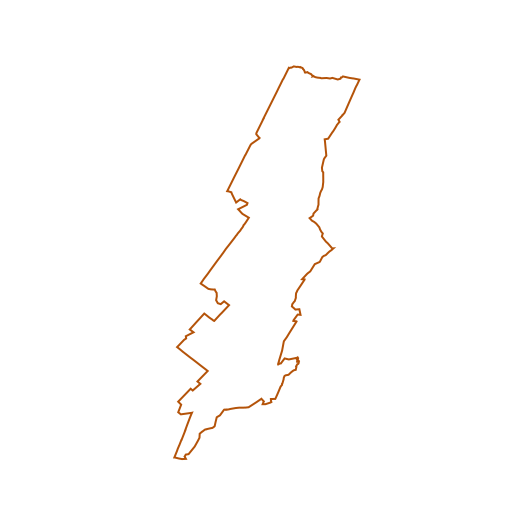 the district of Leimaņu pag., Jekabpils, Latvia, rotated 319°
{"feature_id": "27541924B9576970308212", "entity_name": "Leimaņu pag.", "entity_type": "district", "adm_level": 2, "iso_a3": "LVA", "parent_name": "Latvia", "parent_adm1": "Jekabpils", "projection": "natural_earth1", "projection_center": [25.895, 56.3], "detail": "fine", "context": "isolated", "style": "outline", "palette": "amber", "viewbox_px": 512, "rotation_deg": 319, "n_neighbors": 0, "source": "geoboundaries", "source_scale": "gbopen_adm2", "svg_char_len": 5775}
<svg xmlns="http://www.w3.org/2000/svg" viewBox="0 0 512 512"><g transform="rotate(319 256 256)"><path d="M449.8,190.8L446.0,185.9L445.4,185.3L443.3,182.8L439.4,177.5L439.2,177.5L437.9,177.5L437.3,177.3L437.2,177.3L437.1,177.1L436.0,177.6L433.5,176.4L430.5,171.7L428.3,170.6L426.1,168.0L424.2,166.5L422.1,164.9L421.5,164.1L421.5,163.9L419.6,161.9L418.9,161.0L418.1,159.9L417.7,159.0L417.3,158.3L417.1,157.9L416.7,157.7L417.3,157.5L417.1,157.0L416.9,156.6L416.8,156.2L416.9,155.5L416.9,154.9L415.6,152.1L415.5,151.0L413.7,150.1L413.3,149.6L413.8,148.6L414.3,146.7L414.1,145.8L414.4,145.3L414.4,144.5L413.7,143.4L413.6,142.7L413.0,142.6L412.6,141.7L411.4,140.4L410.7,140.0L408.9,137.7L406.3,137.1L405.7,136.5L404.6,136.2L404.3,135.5L393.3,140.1L392.8,140.3L392.3,140.3L387.1,142.5L383.7,143.9L379.5,145.7L351.4,157.3L351.5,157.4L351.2,157.5L350.5,157.8L337.1,163.4L336.7,163.7L336.4,163.9L336.2,164.2L336.1,164.3L336.1,164.5L336.0,168.3L336.0,168.7L336.1,169.3L335.7,169.4L326.3,168.4L326.0,168.4L325.3,168.5L324.8,168.6L324.0,168.9L314.6,172.7L314.4,172.8L314.0,172.8L300.1,178.6L291.5,182.1L276.8,188.2L277.6,189.1L279.0,191.4L279.2,191.7L278.9,192.4L278.5,193.6L277.1,198.8L276.1,202.6L281.3,202.9L281.4,203.8L282.8,206.5L284.3,210.5L282.7,211.4L273.2,209.0L273.3,211.1L273.3,212.8L273.4,215.3L275.7,222.4L269.7,224.1L269.1,224.2L268.8,224.3L267.9,224.5L267.4,224.5L267.1,224.6L266.7,224.6L265.9,225.1L264.8,225.5L261.9,226.1L260.9,226.5L259.9,226.6L257.0,227.0L255.3,227.5L254.1,227.6L252.6,228.0L249.8,228.6L249.2,228.7L244.2,229.7L237.9,230.9L232.8,232.2L231.7,232.4L230.1,232.8L224.9,233.9L223.5,234.2L212.9,236.6L208.0,237.8L201.6,239.1L198.6,239.9L196.2,240.5L196.8,242.9L197.2,244.3L198.5,249.6L200.1,251.6L202.0,253.5L202.9,254.2L202.3,256.1L202.1,258.0L200.0,260.7L196.9,263.2L196.2,266.6L197.8,269.2L202.2,269.3L203.4,275.4L192.7,276.5L190.7,276.6L181.9,277.6L181.8,277.4L181.7,277.3L181.6,277.1L181.1,274.6L181.1,274.4L180.9,274.0L180.3,271.5L179.8,268.6L179.2,265.5L168.6,266.7L157.8,268.0L158.8,272.6L150.4,270.5L149.2,272.4L146.7,272.1L136.7,273.0L137.3,276.1L138.0,280.5L140.0,290.6L140.4,292.3L141.5,297.8L142.3,302.0L143.7,308.9L144.1,311.1L129.5,312.3L130.1,316.0L124.0,316.0L121.8,316.0L120.0,316.0L119.6,313.3L115.3,313.7L101.7,314.9L102.0,319.1L94.8,322.9L95.4,326.2L95.7,326.4L104.6,332.2L104.8,332.3L103.3,333.0L99.6,334.9L93.3,338.3L88.2,341.1L88.3,341.2L79.1,346.0L79.0,345.9L73.8,348.6L73.4,348.7L72.7,349.1L70.6,350.1L68.5,351.3L62.2,354.5L62.3,354.6L62.5,354.7L64.7,357.9L66.9,360.7L70.0,363.1L70.6,360.5L70.8,360.5L72.7,359.8L72.9,359.9L75.1,361.3L84.7,359.6L90.8,357.4L94.1,356.1L96.9,353.2L97.0,353.2L99.0,353.2L100.0,353.2L100.1,353.3L103.3,353.5L103.5,353.5L104.7,354.2L104.8,354.1L108.7,356.2L110.4,357.2L110.5,357.2L112.1,357.3L112.3,357.3L112.5,357.4L113.2,357.3L116.4,354.9L120.5,352.0L121.0,352.0L124.1,352.6L124.3,352.6L130.9,351.1L131.2,351.1L131.4,351.2L132.6,352.2L133.3,352.7L133.4,352.8L133.2,352.9L135.0,354.0L136.1,354.5L140.9,357.4L143.9,359.5L146.3,361.6L148.6,363.5L151.2,365.3L160.3,366.6L166.2,367.3L166.4,367.3L166.4,367.5L166.5,370.9L166.1,371.0L163.8,372.2L165.8,374.0L170.8,376.1L171.8,376.3L171.9,376.0L172.0,375.6L172.4,375.1L172.7,374.6L173.4,373.7L176.8,376.5L177.0,376.4L177.3,376.3L181.2,374.5L184.3,373.0L186.9,371.7L188.9,370.7L191.2,370.3L191.8,369.5L192.5,369.4L195.9,367.2L197.0,366.2L198.7,365.3L199.1,365.3L200.1,365.5L202.6,367.0L206.0,366.8L208.5,366.9L209.9,367.2L211.3,368.0L213.0,366.7L213.5,366.4L213.8,366.1L213.7,365.9L213.7,365.7L213.9,365.6L214.3,365.5L214.6,365.3L215.3,365.1L215.7,365.0L216.0,364.8L217.1,365.1L218.1,364.7L218.3,364.5L218.2,364.3L218.2,364.0L218.4,363.9L219.2,363.7L219.4,363.6L219.4,363.4L219.0,363.2L218.6,363.3L218.4,363.3L218.3,363.2L218.1,363.0L217.8,362.8L218.0,362.6L218.0,362.3L218.3,362.1L219.2,362.0L219.3,361.9L219.5,361.8L219.5,361.6L219.2,360.9L219.1,360.6L219.1,360.4L219.3,360.3L219.6,360.3L219.8,360.4L219.8,360.5L220.2,360.8L220.4,360.9L220.6,360.9L220.8,360.7L220.7,360.2L220.8,359.9L220.6,359.9L217.8,358.4L212.9,355.6L210.4,352.1L206.5,352.9L204.3,353.4L203.1,352.6L202.8,352.6L201.9,352.5L201.6,352.4L201.7,352.1L202.8,351.4L204.7,350.2L204.9,350.0L207.3,348.5L212.9,345.0L213.8,344.4L220.6,339.0L221.2,338.6L225.9,337.5L230.9,335.9L243.7,332.0L243.7,331.9L242.4,330.4L241.6,329.5L242.2,329.1L248.3,327.7L249.1,327.6L251.0,329.6L253.8,324.6L250.6,322.3L250.4,320.4L250.0,317.6L250.3,317.4L251.7,316.2L251.8,316.2L254.4,315.6L255.6,315.5L258.7,313.7L259.1,313.1L261.8,310.4L264.0,309.5L264.4,309.2L269.6,307.8L277.2,305.7L277.3,305.6L275.6,303.8L277.1,303.6L282.8,303.0L284.0,303.0L286.5,303.2L287.2,303.1L295.0,300.7L299.9,302.2L300.1,302.2L300.5,302.2L305.4,300.3L306.8,300.4L307.2,300.4L308.9,301.0L309.6,301.1L311.8,300.9L314.3,300.8L315.5,300.9L316.9,301.1L318.2,301.0L319.4,301.0L318.5,300.3L318.5,300.2L318.5,293.5L318.2,291.0L318.5,284.8L318.6,284.4L321.2,282.8L321.2,282.2L321.2,280.7L321.8,277.9L322.6,275.9L322.7,272.5L322.7,271.0L322.3,268.6L321.6,266.6L321.4,266.1L321.3,262.6L324.8,263.0L325.6,263.0L327.0,261.9L327.2,261.7L331.8,261.2L332.1,261.3L332.5,261.3L332.8,261.2L333.1,261.1L333.1,260.9L333.2,260.7L333.3,260.7L334.9,259.5L336.8,258.3L339.0,255.8L341.0,253.6L343.4,252.3L345.9,250.5L346.1,250.4L347.8,249.6L349.5,249.0L351.3,247.9L351.7,247.6L355.3,244.3L356.4,243.0L357.3,242.0L359.5,239.4L361.6,237.0L361.7,235.4L363.5,232.9L363.7,232.6L370.7,227.5L371.8,227.1L374.9,226.4L383.0,215.1L384.4,213.0L387.4,214.8L394.9,212.7L395.7,212.6L399.4,211.5L402.9,210.3L403.0,210.2L406.6,209.6L407.1,209.6L407.6,207.2L413.2,206.6L413.4,206.4L413.7,206.5L413.8,206.4L416.0,206.2L416.6,206.1L416.9,206.0L427.8,200.8L434.6,197.6L436.8,196.6L441.2,194.4L443.6,193.4L444.3,193.2L449.8,190.8Z" fill="none" stroke="#b45309" stroke-width="2"/></g></svg>